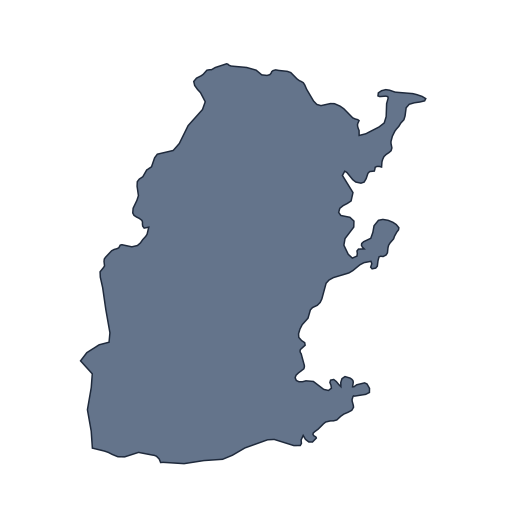 map outline of Rangpur (Natural Earth projection), rotated 80°
{"feature_id": "BGD-5492", "entity_name": "Rangpur", "entity_type": "Division", "adm_level": 1, "iso_a3": "BGD", "parent_name": "Bangladesh", "parent_adm1": "", "projection": "natural_earth1", "projection_center": [88.983, 25.892], "detail": "fine", "context": "isolated", "style": "filled", "palette": "slate", "viewbox_px": 512, "rotation_deg": 80, "n_neighbors": 0, "source": "natural_earth", "source_scale": "10m", "svg_char_len": 4124}
<svg xmlns="http://www.w3.org/2000/svg" viewBox="0 0 512 512"><g transform="rotate(80 256 256)"><path d="M444.8,376.1L443.1,383.2L442.8,385.8L442.7,385.8L439.1,386.6L435.9,388.8L434.6,390.9L434.0,392.7L429.0,405.8L431.0,420.2L429.7,426.9L426.4,432.1L423.8,435.5L421.8,439.1L416.8,450.5L399.9,448.7L378.1,448.7L357.0,441.1L343.6,437.7L328.8,447.0L321.8,439.4L316.2,425.9L315.4,415.7L306.3,413.2L282.4,413.2L260.6,412.5L249.8,413.0L244.5,412.3L240.8,408.1L239.5,406.9L234.9,406.6L232.6,405.9L231.1,404.4L225.8,397.3L224.9,394.5L224.7,391.9L224.1,389.7L221.7,387.8L221.6,386.1L225.4,376.7L225.1,371.0L223.1,367.6L220.3,364.8L217.6,361.3L215.7,359.5L209.0,356.6L209.1,361.3L206.9,362.4L204.8,362.3L202.8,361.9L201.1,362.2L198.7,364.4L196.8,367.0L194.8,369.1L192.2,369.9L187.6,368.7L180.5,363.6L176.2,361.3L166.7,361.0L162.2,360.0L160.0,357.6L158.3,353.7L152.3,348.7L150.0,343.4L141.7,338.8L138.6,335.5L137.7,319.2L131.9,312.0L115.8,300.2L102.5,283.3L95.3,279.2L85.5,282.3L81.8,284.7L77.4,286.8L73.3,287.0L70.5,283.7L69.0,278.7L67.9,276.4L64.5,272.1L64.5,269.7L64.8,267.4L63.3,263.4L61.6,251.6L62.2,250.4L63.4,249.5L64.6,247.6L68.7,232.5L73.0,223.6L78.6,218.9L80.1,213.8L79.8,210.9L78.6,209.4L77.2,208.5L76.4,207.1L76.1,204.5L76.5,203.2L77.1,201.7L79.6,193.1L81.4,189.9L88.8,184.8L90.7,183.0L92.1,181.0L93.6,179.3L96.0,178.3L100.6,177.2L113.4,172.4L117.3,169.8L119.2,165.9L118.8,156.2L119.6,152.3L123.0,147.2L126.3,143.9L136.7,136.8L138.3,134.5L139.4,132.1L140.6,131.0L142.9,132.6L144.4,133.3L146.4,133.4L148.6,133.1L150.3,132.7L155.2,133.5L154.7,126.7L150.3,112.4L147.2,106.6L141.3,103.6L128.6,100.9L123.4,98.4L121.9,98.6L121.1,100.4L120.5,106.5L119.5,108.1L116.6,107.2L115.0,103.6L114.7,99.3L115.9,95.7L118.8,90.5L123.3,73.4L125.0,69.6L127.7,64.7L130.5,61.5L132.5,63.0L132.8,67.9L132.6,73.5L133.2,78.8L136.1,82.4L144.0,84.9L147.5,86.7L150.3,90.4L153.1,92.8L155.4,95.7L157.2,97.6L161.7,100.9L166.7,103.2L168.5,103.5L173.2,103.4L175.8,104.7L177.3,107.2L178.6,110.2L180.3,112.7L182.7,114.4L185.1,115.6L190.2,116.9L189.2,119.0L188.8,121.4L189.3,123.2L191.2,123.9L192.9,124.7L192.6,129.4L194.0,131.4L199.0,134.1L202.0,136.7L202.5,140.0L200.5,144.9L197.6,147.5L189.5,152.0L187.9,153.9L191.7,156.9L210.4,149.5L218.3,152.8L220.1,156.9L221.5,161.4L223.6,165.2L227.4,167.0L230.8,165.5L234.2,156.8L238.6,153.5L244.5,154.7L254.3,165.3L260.6,167.6L270.3,164.9L274.8,161.5L273.6,156.6L271.2,155.8L268.6,155.7L267.0,153.9L267.8,148.2L265.7,149.7L263.7,150.3L262.0,149.7L260.6,147.5L258.5,139.9L253.0,136.8L246.7,134.5L242.1,129.2L242.0,124.7L243.8,119.7L246.6,115.3L249.4,112.4L253.0,110.4L255.0,111.1L257.0,113.3L260.6,116.2L263.0,117.5L266.4,121.7L268.4,123.5L270.8,124.6L275.7,126.0L277.6,127.7L278.6,130.9L277.9,133.2L278.2,135.0L281.9,136.7L287.1,138.3L288.7,140.2L288.8,143.9L286.9,145.0L283.7,143.3L281.2,143.7L281.3,150.8L282.7,155.2L287.2,163.2L288.8,167.4L290.7,183.5L292.3,188.2L295.0,191.7L309.7,198.6L312.9,200.9L315.2,204.2L316.6,209.3L318.5,211.8L326.3,215.6L331.6,222.4L335.6,225.4L340.0,227.6L343.6,228.0L347.2,225.8L349.8,223.1L352.4,223.1L355.8,228.5L356.8,229.0L357.9,229.2L359.0,229.0L360.1,228.5L372.1,227.4L373.2,227.5L374.3,227.9L375.4,228.5L378.5,234.5L380.4,237.3L382.7,238.6L385.6,237.9L387.3,235.5L387.9,232.1L387.6,228.5L389.5,221.3L399.1,212.5L401.0,208.0L399.3,204.7L396.4,204.6L393.4,205.2L391.2,204.1L391.1,200.9L393.6,198.7L396.8,196.9L399.4,195.1L395.3,194.5L391.7,192.6L390.2,189.3L392.6,184.5L394.0,183.1L395.5,182.2L397.1,182.1L401.6,183.6L401.8,182.3L400.3,179.2L399.8,171.1L401.3,168.9L406.1,167.2L410.1,168.0L411.3,172.0L411.2,177.5L411.1,183.3L410.7,184.3L411.3,184.9L414.0,186.3L415.6,186.5L420.0,186.1L421.9,186.2L424.6,188.5L425.9,192.5L426.9,196.9L428.6,200.5L431.5,204.9L431.8,208.2L431.3,211.5L431.6,216.2L432.9,218.6L437.4,225.0L439.1,228.5L440.3,230.4L441.7,230.9L443.1,230.2L444.6,228.5L445.1,228.3L445.4,228.2L445.8,228.2L446.0,228.5L449.0,232.7L448.3,236.3L445.2,239.1L440.9,240.7L445.0,243.5L448.5,243.8L450.3,245.3L449.3,251.6L439.8,269.9L439.0,276.5L443.1,300.3L448.1,313.8L450.4,324.2L448.4,342.9L448.0,362.9L444.8,376.1Z" fill="#64748b" stroke="#1e293b" stroke-width="1.5"/></g></svg>